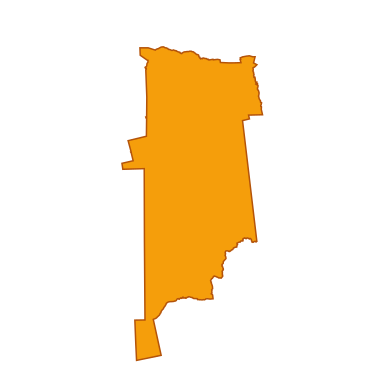 outline of Río Seco, Córdoba, Argentina, rotated 77°
{"feature_id": "61730980B71498262551365", "entity_name": "Río Seco", "entity_type": "district", "adm_level": 2, "iso_a3": "ARG", "parent_name": "Argentina", "parent_adm1": "Córdoba", "projection": "natural_earth1", "projection_center": [-63.26, -30.047], "detail": "fine", "context": "isolated", "style": "filled", "palette": "amber", "viewbox_px": 384, "rotation_deg": 77, "n_neighbors": 0, "source": "geoboundaries", "source_scale": "gbopen_adm2", "svg_char_len": 5970}
<svg xmlns="http://www.w3.org/2000/svg" viewBox="0 0 384 384"><g transform="rotate(77 192 192)"><path d="M82.6,100.1L80.5,102.5L80.1,103.0L74.4,100.1L74.0,102.1L73.3,103.5L72.2,105.4L72.1,105.9L72.1,106.7L71.9,107.8L71.7,112.3L71.8,112.3L72.1,114.8L73.6,114.7L73.6,115.3L77.0,115.2L75.7,121.7L74.6,126.7L72.2,135.2L69.5,135.0L68.5,137.3L68.0,141.6L67.4,141.7L67.2,145.8L66.7,145.9L66.4,146.1L66.4,146.8L66.3,147.1L66.2,147.3L65.7,147.4L65.1,148.2L65.0,148.4L65.0,149.1L64.9,149.4L64.5,149.8L63.9,151.0L64.0,151.5L64.4,151.8L64.4,152.0L64.1,152.3L64.1,152.7L63.9,153.2L64.2,153.6L63.4,154.2L63.1,154.2L62.9,154.1L62.4,154.1L62.0,154.7L61.2,154.9L60.5,154.7L60.1,154.8L59.7,155.1L59.4,155.7L59.3,155.8L59.1,156.1L59.1,156.6L57.4,157.7L56.7,158.5L55.9,158.9L55.1,160.7L54.8,160.8L54.3,162.4L54.4,163.7L54.0,165.5L54.0,166.6L53.8,167.4L53.8,168.5L54.0,169.3L54.2,169.8L54.8,170.8L54.4,171.1L54.5,171.6L54.3,171.9L53.6,172.2L53.5,172.5L53.0,172.5L52.4,173.9L51.4,175.1L51.3,175.4L50.8,175.6L50.6,176.1L50.6,176.5L50.4,176.6L50.0,177.4L49.5,177.9L49.4,178.4L49.6,179.2L49.6,179.7L48.4,181.3L47.8,182.4L47.8,182.8L47.4,183.1L46.7,183.3L46.3,184.1L45.8,184.6L45.6,185.3L45.2,186.1L44.8,186.3L44.0,187.5L44.0,188.5L43.8,189.3L44.4,191.6L44.8,192.7L44.7,193.6L45.0,195.0L45.5,195.8L41.7,202.2L39.8,210.3L47.1,211.7L54.0,205.5L54.0,205.3L55.7,205.8L56.5,206.8L57.3,207.2L58.1,207.4L59.1,207.9L59.5,208.4L59.7,209.0L59.9,209.5L60.0,209.4L60.2,209.0L60.5,209.2L60.9,209.0L61.3,209.5L61.5,209.4L61.7,208.8L61.9,208.8L62.8,209.6L89.4,214.7L108.5,219.3L108.5,220.2L109.7,220.1L109.8,219.6L127.4,223.9L127.6,242.7L139.4,242.3L139.4,242.7L139.8,242.6L140.3,242.4L148.3,242.3L148.3,253.8L154.3,254.3L158.5,233.3L229.6,249.5L306.1,266.6L304.0,276.5L326.6,280.8L343.6,283.9L344.2,258.8L307.4,258.4L307.2,257.6L307.2,256.8L307.0,255.9L306.7,254.9L306.0,253.9L304.7,251.6L303.8,250.7L303.1,250.4L302.7,249.5L301.4,248.9L300.7,248.1L300.2,247.6L299.5,246.4L299.2,246.0L298.4,245.6L297.9,245.0L297.4,244.2L296.5,243.5L295.9,242.7L295.3,242.5L294.6,241.9L293.8,239.8L293.9,238.2L294.3,236.1L294.5,234.5L294.5,234.0L294.3,233.5L294.5,232.8L294.2,231.8L293.4,231.1L293.1,230.7L292.8,230.2L292.8,229.5L292.8,229.4L293.2,229.2L293.6,228.6L293.2,228.1L292.7,226.8L293.2,226.4L293.3,225.9L292.8,225.5L292.4,224.6L292.4,224.4L292.9,224.3L293.3,224.5L293.4,224.3L293.4,223.7L293.7,222.9L293.5,222.6L293.5,222.3L294.0,222.2L294.1,221.4L293.5,220.4L293.5,220.1L293.6,219.5L293.3,219.1L293.3,218.7L293.4,218.3L294.1,217.2L294.9,215.7L295.0,215.2L295.9,214.8L296.2,214.2L297.1,210.9L298.1,210.8L298.2,210.3L298.2,209.9L298.7,209.1L298.7,208.5L299.2,207.2L299.5,205.7L299.5,204.6L299.8,204.3L299.8,203.9L299.6,203.0L299.3,202.6L299.2,202.3L299.4,201.7L299.5,200.8L299.9,199.9L300.1,199.2L300.4,198.6L300.8,195.5L297.2,195.1L296.8,195.1L296.1,195.6L295.9,195.8L295.9,195.6L295.6,195.5L295.2,195.7L294.5,195.4L294.2,195.1L293.1,195.1L292.5,194.9L292.4,194.7L291.7,194.8L291.2,194.3L291.0,193.8L290.3,193.5L289.4,193.5L288.5,193.3L286.3,193.5L285.0,193.7L284.7,193.8L284.2,193.4L283.8,193.7L283.5,193.8L282.4,193.8L281.9,193.2L280.9,192.4L280.8,191.6L280.6,191.4L279.7,190.6L279.5,190.2L279.3,190.1L279.4,189.9L279.0,189.5L278.9,189.3L278.9,189.1L279.6,188.1L279.7,187.7L280.4,187.0L280.6,186.5L280.8,186.2L281.7,185.4L281.7,185.0L281.9,184.7L282.2,183.5L282.5,183.0L281.2,181.2L280.9,181.0L280.4,180.9L280.2,181.1L279.9,181.1L279.1,180.8L278.7,181.0L278.5,180.8L277.9,180.7L277.6,180.5L277.2,180.5L276.5,180.6L275.9,180.4L275.5,179.6L274.9,179.5L274.7,179.0L274.3,178.8L273.5,178.8L273.0,179.0L272.0,178.9L271.3,179.4L271.0,179.4L270.6,179.1L270.2,179.3L269.8,179.3L269.5,179.1L269.4,178.9L269.2,178.9L269.0,178.5L268.8,178.0L268.6,177.7L268.2,177.5L267.6,177.4L267.0,177.2L266.4,176.6L266.1,176.0L265.7,175.6L265.0,174.5L264.7,174.1L264.3,173.8L262.8,173.7L261.1,174.0L260.9,173.7L259.2,173.1L258.8,173.4L258.4,173.3L257.9,173.0L257.3,172.5L257.2,172.4L257.1,171.7L257.2,170.9L257.5,170.3L257.7,170.2L258.0,169.8L258.0,169.2L258.4,169.1L258.4,168.5L258.2,168.3L258.1,167.7L257.3,166.4L257.3,165.7L257.3,165.4L256.6,164.7L255.9,164.2L255.9,163.9L255.9,163.5L255.7,163.3L255.7,162.9L255.5,162.4L255.6,162.1L255.6,161.5L255.7,161.0L255.6,160.7L255.0,160.7L254.6,160.3L253.7,160.0L253.5,159.5L252.5,159.8L252.0,159.7L252.0,159.3L251.5,157.8L251.5,157.2L251.4,157.0L251.6,156.5L251.6,156.2L251.3,156.0L250.7,155.3L250.8,154.9L251.0,154.4L250.8,153.9L251.1,153.6L251.1,153.4L250.2,153.0L249.8,153.2L249.6,152.9L248.9,152.7L248.8,152.4L248.8,151.5L248.6,151.1L249.0,150.6L249.1,150.1L249.3,149.9L249.6,149.8L249.3,149.4L249.3,148.2L249.9,147.4L250.7,146.7L250.5,146.2L250.3,145.9L251.1,145.3L251.4,144.9L251.8,144.9L252.2,144.8L252.6,145.0L253.1,145.0L253.7,144.6L254.0,144.6L254.2,144.8L254.3,144.8L254.4,144.5L254.7,144.0L254.6,143.7L254.7,143.4L254.4,142.9L254.2,141.7L254.6,141.1L255.1,140.9L255.1,140.7L254.6,140.4L254.4,140.2L254.5,139.9L133.8,126.7L133.7,119.6L129.8,119.6L132.6,105.9L126.7,105.9L125.7,105.4L124.8,105.3L124.4,105.2L124.2,105.7L123.7,105.7L123.2,105.6L122.4,104.9L121.9,104.8L121.4,104.4L120.6,104.1L120.3,104.4L120.0,105.0L119.3,105.0L118.7,104.8L118.3,104.8L117.8,105.1L116.2,105.6L114.1,105.5L113.5,105.7L112.7,105.1L112.0,104.9L111.6,104.7L110.4,104.3L109.5,104.5L109.1,104.3L108.4,104.4L107.5,104.7L107.4,104.9L106.6,105.1L106.5,104.9L105.4,104.9L105.0,104.5L104.4,104.1L102.9,103.7L102.6,103.9L102.2,104.6L101.8,105.0L101.8,104.5L101.5,104.1L101.0,104.0L101.0,103.8L100.8,103.8L100.6,104.3L100.3,104.7L100.3,104.9L100.4,105.2L100.2,105.4L99.8,105.2L99.4,104.5L99.2,105.0L98.8,105.1L98.6,105.3L98.2,105.3L97.8,105.2L97.4,105.3L97.2,105.1L96.8,105.2L96.4,105.0L94.8,104.9L94.7,105.3L94.3,105.2L94.4,105.7L94.0,105.9L92.8,105.6L92.2,105.7L91.8,105.4L91.2,105.3L91.1,105.1L90.5,105.3L90.1,105.3L89.8,105.1L89.4,105.2L88.9,105.1L88.5,105.4L88.2,105.4L87.3,105.3L87.0,104.9L84.7,104.6L84.5,104.1L84.5,103.5L84.1,102.5L82.6,100.1Z" fill="#f59e0b" stroke="#b45309" stroke-width="1.5"/></g></svg>